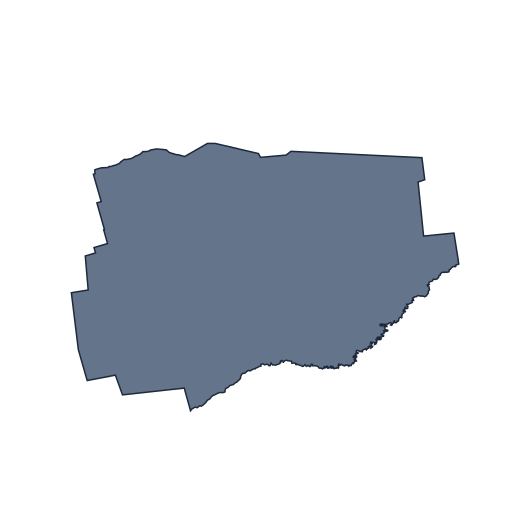 Pelegrini, Santiago del Estero, Argentina (Natural Earth projection), rotated 74°
{"feature_id": "61730980B89830542201766", "entity_name": "Pelegrini", "entity_type": "district", "adm_level": 2, "iso_a3": "ARG", "parent_name": "Argentina", "parent_adm1": "Santiago del Estero", "projection": "natural_earth1", "projection_center": [-63.861, -26.197], "detail": "fine", "context": "isolated", "style": "filled", "palette": "slate", "viewbox_px": 512, "rotation_deg": 74, "n_neighbors": 0, "source": "geoboundaries", "source_scale": "gbopen_adm2", "svg_char_len": 6122}
<svg xmlns="http://www.w3.org/2000/svg" viewBox="0 0 512 512"><g transform="rotate(74 256 256)"><path d="M365.3,262.4L365.4,261.8L365.3,261.6L363.9,261.6L363.5,260.4L364.1,260.3L364.1,259.4L365.2,259.0L366.2,259.3L365.3,258.6L364.8,257.8L364.5,256.1L364.9,254.8L365.3,254.6L367.0,250.8L368.9,251.1L369.7,248.0L370.4,247.4L371.2,247.7L371.5,247.4L371.0,246.8L371.3,246.3L372.3,245.4L372.5,244.6L373.5,243.5L373.8,242.8L375.0,241.7L375.0,240.7L373.9,238.9L376.0,238.0L376.0,237.4L375.5,236.3L375.6,235.9L377.0,235.0L377.2,234.4L377.0,233.8L375.3,233.0L375.3,232.7L375.8,232.3L375.9,231.6L377.1,231.9L378.3,228.1L379.6,226.7L380.8,226.4L381.3,225.9L381.9,224.0L382.9,223.2L382.8,222.6L382.1,221.4L381.2,221.0L381.1,220.7L381.5,220.4L382.6,220.8L382.7,220.4L382.1,219.1L381.7,219.4L381.5,218.2L381.8,217.6L382.2,217.4L382.9,217.4L383.1,218.3L383.5,218.2L383.8,217.6L383.6,215.8L384.7,214.2L384.7,213.7L383.8,213.9L383.6,214.3L382.8,214.8L382.5,214.8L382.6,214.0L383.7,212.6L384.5,212.2L385.7,212.3L385.9,212.0L385.6,211.2L386.0,210.2L386.0,209.5L385.5,208.8L385.7,208.3L386.2,208.2L386.5,207.6L385.9,207.2L384.3,207.2L383.4,206.8L382.8,206.4L382.8,205.9L383.4,205.8L384.0,206.3L384.2,206.1L384.3,205.5L383.6,204.3L383.8,203.7L384.9,203.0L385.1,202.3L386.0,201.4L385.8,201.0L386.0,200.3L385.4,199.7L385.5,199.5L385.9,199.0L386.2,198.0L387.5,197.2L386.8,196.5L387.2,196.2L387.4,195.6L387.2,195.3L387.5,194.8L385.5,192.7L385.4,192.3L386.2,191.8L385.3,191.1L384.8,190.2L383.7,189.7L384.7,188.8L384.6,188.4L383.2,189.0L383.0,190.2L382.7,190.2L382.1,189.4L382.5,188.8L382.4,188.6L381.4,188.9L380.7,188.7L380.1,188.8L380.0,189.3L380.5,190.2L380.3,190.5L379.4,190.2L378.8,188.7L380.1,187.7L380.7,187.9L381.0,187.6L380.8,187.1L380.3,187.3L379.8,186.9L378.8,187.5L377.3,187.4L377.2,187.1L377.8,186.6L377.6,184.6L377.0,184.7L377.0,185.3L376.5,186.0L375.4,185.9L375.1,185.4L374.8,185.7L374.6,185.5L374.6,184.7L375.6,183.3L376.6,182.4L376.5,181.9L377.4,180.2L377.2,180.0L376.5,180.5L376.2,180.1L375.5,177.2L375.4,175.9L376.3,176.1L376.7,175.8L375.4,173.8L375.7,173.1L375.3,172.8L374.6,173.2L374.4,173.1L374.5,172.7L373.7,171.5L373.8,171.2L375.0,171.1L375.1,170.3L376.1,170.8L375.9,170.1L375.5,169.2L375.1,168.9L374.3,169.8L373.1,169.6L372.7,169.3L372.5,168.7L371.6,168.1L371.0,169.0L371.3,169.9L370.4,169.4L371.6,166.7L372.8,165.8L373.7,166.4L373.6,165.3L373.4,164.7L372.9,164.9L372.8,165.4L372.3,165.4L371.9,165.0L371.9,164.7L372.5,164.4L372.3,163.9L371.9,163.6L371.0,163.3L369.5,163.6L370.6,159.7L370.5,159.0L370.1,158.5L369.5,158.7L369.5,159.2L370.1,160.0L369.7,160.1L368.9,159.3L368.5,160.8L368.3,161.4L368.5,161.7L369.1,161.7L369.2,162.1L368.4,162.4L367.8,162.1L367.6,161.3L367.7,160.7L368.1,159.4L368.1,158.9L368.6,157.9L368.5,157.4L367.9,156.9L368.3,155.6L367.8,155.3L366.2,157.4L365.8,157.1L365.5,155.5L365.9,154.8L365.6,154.2L364.6,153.7L363.1,153.8L363.3,153.2L364.4,152.2L364.2,151.2L364.4,150.6L364.3,150.1L363.8,149.8L363.1,150.5L362.7,151.6L361.5,152.4L360.6,151.8L359.9,151.9L359.6,152.3L359.0,151.7L359.4,151.1L359.9,149.6L359.6,149.4L358.8,150.1L358.4,150.2L358.0,150.4L357.8,151.1L357.8,151.6L358.0,151.8L357.7,152.7L357.9,154.2L357.6,154.1L357.5,153.8L357.0,153.8L357.3,155.2L357.2,155.8L355.9,155.6L355.9,154.3L357.3,150.9L357.7,148.7L357.5,146.9L357.0,146.6L357.0,145.6L357.8,144.6L357.8,144.2L358.4,144.1L359.4,145.7L359.9,145.1L359.7,144.2L358.5,143.3L358.4,142.5L358.1,142.0L358.1,141.2L357.2,141.8L356.5,141.2L356.5,140.9L358.3,140.7L358.6,140.3L358.6,139.2L358.3,138.6L357.5,138.3L357.8,137.0L355.4,135.8L354.6,134.2L354.9,133.5L355.6,133.0L355.2,132.6L353.8,132.6L353.2,131.9L352.2,131.7L351.4,129.6L350.5,129.1L350.5,128.4L350.8,128.0L350.6,127.7L349.2,128.3L349.2,128.8L349.8,129.6L349.5,129.8L348.4,129.0L348.5,128.6L348.9,128.4L348.9,128.0L347.5,127.6L346.3,126.7L346.5,126.3L347.8,126.6L348.2,125.5L347.9,124.5L347.1,124.4L346.7,123.9L344.5,124.7L343.8,124.5L344.6,122.9L344.2,122.3L343.8,118.8L343.4,118.3L342.1,118.5L341.6,118.1L341.5,117.6L342.0,117.2L342.0,116.7L340.8,116.8L340.3,117.2L339.5,116.7L339.5,115.6L339.0,115.2L338.9,114.6L339.3,113.2L338.8,111.9L338.8,111.1L340.0,108.6L339.8,108.2L340.5,107.3L340.6,106.3L341.7,105.0L341.2,103.0L340.6,102.6L339.2,100.6L337.2,100.1L336.5,98.6L333.0,98.2L332.4,98.7L332.2,99.3L331.7,99.5L330.9,99.2L331.3,97.8L331.1,97.3L330.4,97.6L329.1,97.0L328.7,95.8L328.7,93.7L328.5,93.1L327.2,92.0L328.0,89.8L327.9,88.0L326.6,86.1L326.0,86.1L325.7,85.8L325.3,85.2L325.1,84.1L324.1,83.7L323.1,82.0L323.1,80.5L323.7,79.8L323.5,78.6L324.2,77.4L324.4,75.0L324.1,74.7L322.6,74.2L322.6,73.4L321.1,71.1L320.6,69.6L320.6,68.0L321.2,67.7L321.2,67.1L320.9,66.7L319.8,66.4L319.7,65.1L319.8,63.5L318.7,63.1L316.7,63.2L316.4,62.8L288.5,59.4L283.0,89.4L229.6,79.8L229.2,72.8L207.2,69.4L165.0,193.6L167.3,199.2L162.4,224.5L158.2,225.4L136.6,264.1L134.4,271.6L140.7,297.1L137.1,303.1L136.7,304.5L135.5,306.5L134.8,307.1L134.7,307.8L132.4,311.0L129.2,313.0L125.7,321.9L125.0,328.0L125.6,330.3L125.5,332.0L124.5,336.0L126.1,339.1L126.7,342.1L126.6,343.7L127.7,347.6L127.9,349.6L127.5,354.3L126.9,355.4L126.9,356.2L128.2,360.1L129.4,361.8L129.9,365.8L129.8,368.6L130.0,370.9L129.4,372.3L130.1,374.0L128.6,380.4L128.6,386.0L128.8,387.3L132.5,388.0L132.6,389.8L161.0,389.8L161.1,394.3L188.9,394.4L188.9,395.2L203.1,395.3L203.2,409.4L208.8,409.4L208.9,420.1L242.4,426.7L240.4,443.6L297.1,452.6L329.2,452.6L331.8,424.0L352.7,422.6L363.2,361.4L386.8,361.6L386.4,361.0L385.4,360.8L385.4,359.0L384.7,357.7L384.6,356.0L385.6,354.2L384.4,351.3L385.3,350.0L384.8,348.3L384.1,346.7L382.6,344.1L381.2,342.4L380.6,339.7L379.2,338.0L378.1,335.6L378.1,334.0L377.3,330.5L377.3,328.1L378.0,326.3L378.3,324.4L378.0,323.2L376.5,322.8L374.8,321.3L374.8,319.6L373.3,316.7L373.3,313.2L372.1,310.6L372.0,309.4L370.6,306.6L369.5,304.8L367.3,303.8L366.1,302.7L365.2,301.4L365.6,299.0L364.6,297.0L363.9,294.8L364.8,293.4L363.8,289.1L364.3,287.9L363.6,286.9L363.6,285.3L363.1,283.6L363.2,281.6L361.5,281.2L361.5,279.2L363.0,277.8L362.9,276.1L363.5,274.6L365.2,273.6L365.2,272.6L363.2,271.0L365.3,270.1L365.4,269.0L366.3,267.7L366.0,262.9L365.3,262.4Z" fill="#64748b" stroke="#1e293b" stroke-width="1.5"/></g></svg>